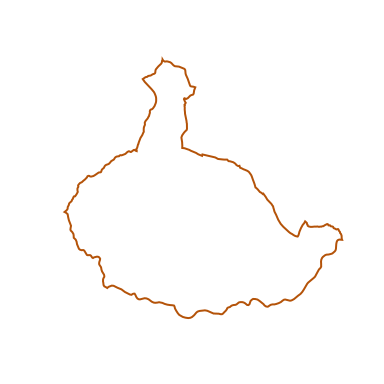 outline of Guateque, Boyacá, Colombia, rotated 341°
{"feature_id": "7082276B31731759367156", "entity_name": "Guateque", "entity_type": "district", "adm_level": 2, "iso_a3": "COL", "parent_name": "Colombia", "parent_adm1": "Boyacá", "projection": "mercator", "projection_center": [-73.483, 5.023], "detail": "fine", "context": "isolated", "style": "outline", "palette": "amber", "viewbox_px": 384, "rotation_deg": 341, "n_neighbors": 0, "source": "geoboundaries", "source_scale": "gbopen_adm2", "svg_char_len": 6012}
<svg xmlns="http://www.w3.org/2000/svg" viewBox="0 0 384 384"><g transform="rotate(341 192 192)"><path d="M229.2,94.1L227.6,92.9L225.6,91.9L225.0,91.4L224.8,90.3L224.8,89.0L224.8,83.6L224.4,79.2L224.5,77.8L225.3,74.6L225.1,73.5L224.6,72.8L220.5,69.2L216.8,67.5L216.3,67.0L215.5,65.7L214.5,63.4L213.6,62.2L211.5,60.7L210.5,60.2L208.9,59.9L208.5,59.6L207.6,58.5L207.3,57.1L207.1,57.6L206.3,58.3L205.9,59.3L205.3,60.1L204.5,60.7L201.0,62.3L197.9,64.2L197.2,64.9L196.1,67.2L195.7,67.6L195.0,67.9L192.9,67.9L191.6,68.3L190.7,68.4L188.4,68.0L187.3,68.5L185.4,68.3L182.2,69.2L183.2,72.6L187.2,81.5L188.5,84.9L188.8,86.6L188.9,88.6L188.9,90.0L188.7,91.4L188.0,93.6L187.4,95.0L186.6,96.2L184.5,98.6L182.3,100.2L181.4,100.6L180.8,100.7L180.2,100.6L179.1,101.0L178.7,101.5L178.4,101.9L178.0,103.4L176.9,104.9L176.1,106.2L175.5,106.5L175.0,107.1L173.9,108.1L171.4,109.6L170.4,110.5L169.9,111.1L169.5,112.8L169.3,113.2L167.8,114.9L167.2,115.9L166.5,117.7L166.0,119.4L165.3,120.0L163.5,122.0L160.9,124.1L157.8,127.8L156.9,129.2L156.5,129.4L154.5,132.4L153.3,133.3L153.3,134.5L153.0,135.3L152.0,134.5L151.7,133.9L151.2,133.4L150.5,133.3L147.5,134.3L147.0,134.2L145.9,133.1L145.4,132.9L144.0,133.1L141.8,134.1L141.1,134.3L138.2,134.4L137.0,134.3L136.4,133.9L135.9,133.9L135.3,134.0L134.7,134.4L134.0,134.3L132.7,134.0L131.9,134.0L131.0,134.2L130.2,134.6L128.8,135.8L128.1,136.0L125.7,136.5L123.8,137.7L122.3,138.4L119.7,138.4L118.6,138.7L117.8,139.2L116.5,140.5L114.7,141.2L114.0,141.6L112.6,143.4L112.0,143.6L110.1,143.2L105.9,144.4L104.0,144.8L101.7,144.6L101.0,144.3L100.6,144.0L100.2,143.4L99.7,143.1L99.0,143.0L98.3,143.1L97.4,144.0L94.7,145.4L93.2,145.9L90.9,146.9L89.2,147.0L87.8,147.7L86.5,148.6L86.3,149.1L86.3,149.8L86.1,150.2L85.0,151.2L84.7,151.7L84.1,153.7L84.1,154.4L83.9,154.9L83.0,155.7L82.0,156.6L80.1,158.0L79.7,158.0L79.2,157.7L78.7,157.9L78.0,158.5L77.1,159.7L76.2,160.2L75.2,161.4L74.6,161.7L72.6,162.5L72.0,163.0L71.1,164.4L70.2,165.2L69.6,165.8L68.9,167.4L68.5,167.8L67.2,168.6L65.0,169.4L66.2,170.7L67.2,172.5L66.7,175.6L66.4,178.6L66.6,184.6L65.5,186.5L64.8,188.0L64.8,189.0L65.7,190.8L66.2,193.0L66.0,194.4L65.3,196.8L66.5,199.1L66.7,201.3L66.3,203.9L66.6,208.9L67.3,210.1L68.7,211.1L70.1,211.4L70.6,211.7L71.1,212.5L72.1,217.2L72.8,217.8L74.2,218.2L75.2,218.6L75.7,219.3L76.3,221.5L76.9,222.2L78.1,221.9L81.2,222.2L82.6,223.0L83.2,224.2L83.4,225.3L82.8,226.4L81.5,228.1L80.9,229.4L80.7,230.4L81.5,233.6L81.1,236.1L81.1,237.9L81.9,241.5L81.8,242.4L81.5,243.6L80.3,244.6L79.5,245.6L78.7,247.8L78.6,248.9L78.3,250.1L78.1,251.4L78.4,252.7L79.5,253.8L80.6,255.2L81.4,254.8L82.5,254.5L85.7,254.4L87.4,255.2L90.4,258.3L93.6,261.1L96.0,264.7L99.9,268.7L101.3,269.5L102.7,269.1L103.5,269.1L104.6,269.4L104.9,270.5L105.2,273.3L105.8,275.1L106.9,276.2L107.9,276.6L112.6,277.0L114.3,277.8L116.0,279.3L118.3,282.7L119.8,284.1L121.2,284.8L123.3,285.3L125.0,285.5L127.9,287.2L129.7,288.9L132.0,290.5L134.5,291.8L136.8,292.8L138.0,293.5L138.2,294.5L138.0,296.6L138.4,299.0L139.1,301.9L139.9,304.0L142.6,307.1L144.9,308.7L147.4,310.0L149.5,310.4L151.4,310.2L153.9,309.2L156.9,307.4L158.3,306.9L160.3,306.9L165.7,308.1L167.8,309.3L172.8,313.9L177.7,315.8L179.2,316.8L180.5,317.3L181.6,317.1L183.5,316.1L185.2,315.3L186.7,314.3L187.4,313.4L188.5,313.0L190.4,313.1L191.6,312.6L192.9,312.3L194.6,312.4L196.0,312.8L197.4,312.8L200.3,311.7L201.7,311.8L203.5,312.4L204.9,313.3L205.9,314.4L207.4,316.8L208.6,317.3L209.9,316.7L211.8,314.2L213.3,313.4L214.9,313.0L216.8,313.7L218.9,315.0L220.4,317.0L223.1,321.3L223.6,322.8L224.6,324.2L225.9,325.0L226.8,325.1L228.3,324.6L229.9,324.3L231.6,324.5L233.2,325.1L235.1,325.3L237.8,325.3L240.2,325.0L242.3,324.2L243.9,323.8L245.1,324.0L249.3,326.7L250.8,326.9L252.3,326.7L253.8,326.4L258.5,324.6L261.4,323.7L263.7,322.4L265.9,320.7L271.0,316.3L272.3,315.5L276.2,314.0L279.1,312.9L280.8,312.1L282.3,310.7L284.8,308.4L286.9,306.5L288.5,305.8L289.8,304.7L290.8,301.7L291.3,299.9L292.2,298.1L293.5,296.7L294.6,296.0L297.2,295.1L298.6,295.0L300.9,295.6L303.3,295.8L304.7,295.8L307.7,294.6L308.7,293.9L309.6,292.6L311.5,288.1L312.5,286.4L313.3,285.5L314.1,285.0L315.7,284.9L318.4,286.1L318.4,284.7L319.2,282.1L319.2,280.3L318.7,278.9L318.9,278.0L318.3,276.4L318.3,275.3L318.2,274.9L318.0,274.6L317.5,274.5L316.9,274.5L316.3,274.4L315.0,272.9L314.5,272.6L314.2,272.3L314.1,271.2L314.0,270.8L313.3,270.2L312.2,269.7L311.9,269.4L311.8,268.8L311.6,268.4L311.4,268.3L310.2,268.0L310.0,266.8L309.7,266.5L309.3,266.3L306.9,266.6L306.0,266.8L305.2,267.1L304.0,266.8L303.0,266.9L301.8,266.4L301.1,266.4L300.5,266.2L299.5,265.5L297.9,265.1L296.6,264.6L294.4,264.1L292.8,263.6L291.2,262.6L290.6,261.9L290.4,261.4L290.6,260.5L290.5,260.3L290.3,259.8L290.5,258.6L289.4,256.6L287.9,258.0L285.9,259.2L283.3,261.6L280.6,264.6L279.5,266.3L278.6,267.5L277.5,268.5L277.3,268.5L275.4,267.3L274.0,265.8L273.1,264.5L271.7,263.0L270.7,261.5L267.0,254.6L265.5,251.0L264.5,246.3L264.1,240.9L263.6,237.4L263.8,234.7L263.8,233.5L264.0,231.9L263.7,231.2L263.2,229.1L260.7,223.7L260.1,220.7L258.9,216.8L258.3,217.0L257.4,215.4L256.2,214.1L254.9,210.7L254.0,209.0L253.5,208.4L253.7,205.4L253.7,203.2L253.6,200.2L253.6,197.2L253.5,195.4L253.2,194.3L252.4,191.7L251.9,190.9L251.2,190.0L248.9,187.9L248.2,187.4L246.7,185.8L245.4,184.7L245.4,182.7L244.6,182.7L243.9,182.3L242.8,181.0L242.4,179.8L241.8,178.7L240.7,177.3L237.9,175.3L236.6,174.7L236.3,174.0L235.8,172.8L234.3,172.3L232.4,171.6L227.5,169.3L226.9,168.8L226.3,168.0L225.1,166.8L214.1,159.9L213.3,161.1L210.2,158.4L208.6,156.4L204.1,152.4L203.3,151.4L199.2,148.2L197.1,147.2L197.9,145.1L198.9,141.6L199.7,137.1L200.2,136.4L201.2,135.2L203.5,133.5L204.8,132.7L206.1,132.1L207.3,131.5L207.9,130.4L209.4,125.8L209.6,124.3L209.9,123.2L210.9,115.7L211.3,114.4L211.9,111.8L212.7,109.6L212.9,108.3L213.4,107.9L213.3,107.1L214.4,106.3L215.1,105.6L214.8,104.4L214.6,101.6L215.1,101.0L215.4,100.9L215.6,101.0L216.6,102.1L217.2,102.1L218.6,101.9L221.8,100.3L222.4,100.2L224.8,100.2L225.6,99.5L227.2,96.5L229.2,94.1Z" fill="none" stroke="#b45309" stroke-width="2"/></g></svg>